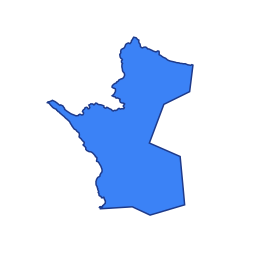 the district of Morobo, Central Equatoria, South Sudan, rotated 115°
{"feature_id": "79223893B16328156709571", "entity_name": "Morobo", "entity_type": "district", "adm_level": 2, "iso_a3": "SSD", "parent_name": "South Sudan", "parent_adm1": "Central Equatoria", "projection": "robinson", "projection_center": [30.83, 3.714], "detail": "fine", "context": "isolated", "style": "filled", "palette": "blue", "viewbox_px": 256, "rotation_deg": 115, "n_neighbors": 0, "source": "geoboundaries", "source_scale": "gbopen_adm2", "svg_char_len": 4713}
<svg xmlns="http://www.w3.org/2000/svg" viewBox="0 0 256 256"><g transform="rotate(115 128 128)"><path d="M43.6,95.7L43.6,96.9L44.7,97.6L44.8,98.2L45.5,100.7L45.5,101.9L45.6,103.4L46.4,105.0L46.8,106.7L47.4,108.1L47.4,109.2L48.3,111.8L48.4,113.0L48.8,115.0L49.4,117.6L49.6,119.3L49.6,121.0L48.9,123.4L49.0,125.8L48.8,127.4L48.4,129.1L48.4,130.8L46.8,131.4L45.4,132.3L45.5,133.5L47.2,134.8L47.4,136.1L47.6,137.2L47.5,139.0L47.5,140.5L47.5,142.3L47.8,143.2L48.0,143.8L47.2,145.1L47.3,146.4L48.0,147.7L49.3,148.8L49.4,150.0L48.8,151.3L47.7,151.9L46.7,152.8L46.2,153.9L45.5,154.6L43.8,155.3L43.7,156.8L42.8,158.7L43.3,161.2L44.6,161.4L46.2,161.4L47.1,161.8L48.8,161.4L50.7,161.9L50.8,163.7L52.5,165.1L54.0,165.4L54.9,165.2L56.2,165.2L57.6,165.6L58.5,166.5L59.8,167.3L61.5,167.1L62.3,166.6L62.9,166.3L64.9,166.5L67.0,165.1L67.9,163.8L67.9,163.0L68.6,161.9L69.9,162.3L71.1,161.7L71.6,161.0L71.7,160.3L73.0,160.3L74.0,159.9L75.2,159.4L76.2,158.6L77.0,158.0L78.5,157.1L79.3,155.9L79.9,154.5L81.5,153.4L82.5,153.3L84.1,153.3L85.0,153.7L86.0,154.3L86.3,154.9L88.4,156.6L89.4,156.6L90.4,157.1L91.0,157.7L92.0,157.6L92.8,158.4L94.3,159.4L95.6,159.9L96.6,160.1L97.7,159.8L98.0,158.3L97.8,156.9L97.9,156.0L98.6,155.5L100.3,154.8L101.4,154.9L102.7,154.9L104.2,155.4L105.5,156.0L105.6,154.4L105.1,153.1L105.8,152.1L105.8,151.2L105.2,150.3L105.2,148.9L105.3,147.3L106.3,147.3L106.8,146.8L107.6,146.2L107.9,145.5L107.9,144.3L107.5,143.0L107.4,141.9L107.6,141.2L108.6,141.2L109.1,141.6L110.1,141.6L110.8,140.8L110.9,140.0L112.1,139.9L112.7,140.5L112.9,141.5L113.6,142.4L114.1,142.9L113.9,144.1L114.4,144.9L115.3,145.2L116.1,145.4L116.8,146.0L117.4,146.4L117.4,147.2L117.9,147.9L118.8,148.5L118.9,149.7L118.3,150.7L118.3,151.6L118.3,153.3L118.1,154.9L118.2,156.0L119.4,156.5L119.6,157.1L119.4,158.6L118.2,159.2L118.2,160.3L118.4,162.0L118.4,162.3L118.9,163.7L119.2,164.7L119.1,165.9L118.8,166.5L119.0,167.7L120.0,168.1L121.0,168.3L121.5,168.8L121.1,170.1L121.4,170.7L121.8,171.9L122.8,172.3L123.8,173.2L124.5,172.3L125.7,171.2L126.9,171.4L127.5,172.2L126.7,173.4L126.7,174.3L127.7,175.5L129.1,175.4L130.2,176.0L131.1,176.3L132.4,176.2L132.9,174.8L133.8,174.4L135.1,174.5L135.8,175.5L135.8,176.4L135.8,177.4L136.8,178.2L137.6,178.2L137.9,178.7L138.7,179.8L139.0,180.8L139.0,182.4L139.2,184.5L139.2,186.1L138.9,188.0L138.5,190.6L137.9,193.3L137.0,193.8L136.4,195.0L135.5,196.4L135.5,197.6L135.5,198.8L136.2,199.3L136.0,200.5L135.5,202.2L135.2,203.6L134.9,205.3L134.9,207.3L134.9,208.3L135.8,208.8L136.5,209.6L137.3,210.1L137.4,210.4L138.2,211.6L139.1,211.8L138.9,210.3L139.1,209.5L139.5,208.7L140.0,207.8L140.4,206.7L140.8,205.8L141.2,204.7L141.4,203.6L141.4,202.0L141.4,200.7L142.0,200.2L142.1,199.4L142.6,198.5L142.7,197.5L142.7,196.8L143.3,195.9L143.5,195.0L143.7,194.1L144.1,192.8L144.4,191.6L144.5,191.0L145.1,189.6L145.6,188.2L145.7,187.3L146.1,186.4L146.3,185.4L146.7,184.3L147.0,183.5L147.5,182.9L148.1,182.2L148.6,181.4L148.9,180.9L149.3,180.3L149.8,179.7L150.3,178.7L151.0,177.6L151.7,176.2L151.7,174.7L152.0,173.9L152.2,173.5L152.5,173.1L152.6,172.6L152.9,171.4L153.1,170.5L153.3,170.2L153.9,169.7L154.3,169.4L155.1,169.0L156.2,168.8L156.8,168.5L156.9,168.0L157.3,167.2L157.5,166.6L157.6,165.9L158.4,164.6L158.9,163.3L159.5,161.6L160.4,161.3L161.3,161.1L162.1,161.6L162.6,161.2L162.8,159.9L163.3,158.8L163.7,157.9L164.2,157.7L165.1,157.3L165.4,156.7L165.8,156.0L165.8,155.5L165.8,154.6L165.9,154.3L165.9,153.4L165.7,152.7L165.4,151.9L165.3,151.1L165.4,150.2L165.6,149.4L166.0,148.3L166.4,147.4L166.7,146.7L166.9,146.3L167.1,145.8L167.7,145.5L167.8,145.0L167.8,144.1L168.2,143.5L168.9,143.3L169.6,142.9L170.5,142.8L170.9,142.7L171.4,142.4L171.4,141.8L171.3,140.8L171.7,139.9L172.4,138.9L173.3,137.6L174.2,136.3L175.2,135.4L176.0,134.5L176.8,133.9L177.9,133.3L179.4,133.1L180.5,133.5L181.2,133.5L182.0,133.5L182.5,133.5L183.3,133.1L183.9,133.3L184.5,133.7L185.3,134.3L186.0,134.6L186.8,134.6L187.8,134.8L188.4,134.6L189.4,134.5L190.1,134.4L191.0,133.9L192.1,133.4L193.1,132.8L193.5,132.2L193.9,131.7L194.2,131.1L195.0,130.7L195.4,130.3L195.5,129.9L196.4,129.5L197.0,128.9L197.4,128.3L197.9,127.8L198.5,127.8L199.0,127.8L199.3,127.4L199.5,126.8L200.1,126.4L201.0,126.0L201.4,125.5L201.5,125.0L201.5,124.4L201.4,123.8L201.8,123.1L202.4,122.6L202.3,121.9L201.4,121.2L201.0,120.7L201.3,120.3L201.8,119.9L202.2,119.8L202.3,119.3L202.6,119.0L203.1,118.6L203.3,118.0L203.8,117.8L204.2,117.4L205.2,117.1L206.0,116.8L206.6,117.1L207.4,117.4L208.2,117.6L209.2,118.2L209.6,118.0L210.3,117.8L210.5,118.3L210.8,119.5L211.4,120.3L212.1,120.3L211.9,118.7L212.5,118.7L213.2,119.5L197.6,90.8L197.6,71.2L173.7,44.2L160.1,52.1L131.8,68.7L132.6,102.3L91.4,105.5L69.0,87.5L43.6,95.7Z" fill="#3b82f6" stroke="#1e3a8a" stroke-width="1.5"/></g></svg>